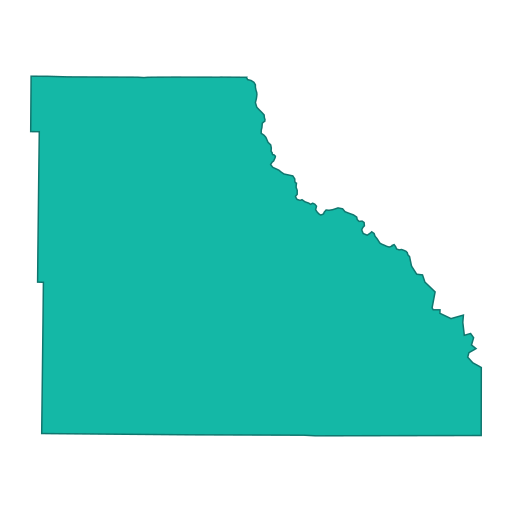 Big Horn, Wyoming, United States of America
{"feature_id": "52423323B54143119703480", "entity_name": "Big Horn", "entity_type": "district", "adm_level": 2, "iso_a3": "USA", "parent_name": "United States of America", "parent_adm1": "Wyoming", "projection": "orthographic", "projection_center": [-107.715, 44.584], "detail": "fine", "context": "isolated", "style": "filled", "palette": "teal", "viewbox_px": 512, "rotation_deg": 0, "n_neighbors": 0, "source": "geoboundaries", "source_scale": "gbopen_adm2", "svg_char_len": 2076}
<svg xmlns="http://www.w3.org/2000/svg" viewBox="0 0 512 512"><path d="M481.2,435.5L481.3,367.5L472.8,362.8L467.7,357.2L468.9,352.7L476.0,348.6L471.5,345.0L473.6,337.7L470.6,333.5L464.3,335.3L462.8,322.4L463.4,315.1L451.0,318.6L439.9,313.3L440.0,309.8L433.2,309.8L432.1,307.8L435.1,291.9L424.9,282.1L422.5,274.9L416.7,274.2L411.9,266.7L411.4,265.6L410.6,261.7L409.9,258.4L409.6,256.7L407.8,254.7L407.3,252.7L406.0,251.3L403.8,250.3L401.5,249.5L399.2,249.9L396.6,249.0L395.6,246.6L394.1,244.6L392.2,245.4L392.4,245.7L391.6,246.3L390.2,246.7L389.3,247.1L386.6,246.3L384.5,245.3L381.6,244.1L379.8,243.0L377.2,238.9L375.0,236.2L374.1,233.5L371.7,231.8L370.7,232.8L367.2,235.2L363.2,233.5L361.7,229.9L362.8,227.5L364.4,225.8L364.1,222.5L362.1,221.1L359.1,221.4L357.2,219.6L356.7,217.1L353.5,214.9L348.8,213.2L345.0,211.7L342.6,208.8L338.0,207.9L335.1,208.9L332.6,209.7L329.0,210.3L326.1,210.0L324.2,212.2L323.5,213.9L321.5,214.8L320.6,215.0L318.9,213.9L317.1,212.0L315.6,209.7L316.5,206.2L314.8,204.2L312.7,203.2L310.6,204.3L308.7,203.1L305.0,201.8L302.0,199.7L300.1,200.4L297.0,199.4L295.7,197.1L295.5,196.3L297.2,194.3L297.2,190.3L296.1,187.4L296.2,185.5L296.5,183.2L295.3,182.6L294.8,181.2L294.8,179.0L292.8,175.9L289.1,175.1L284.0,174.0L281.3,172.2L278.9,170.2L272.7,167.3L270.6,164.5L272.2,162.1L273.6,161.0L275.1,157.7L275.4,156.2L273.8,154.7L272.9,154.8L272.2,153.8L272.2,152.8L271.1,151.3L271.3,148.0L270.7,144.9L270.0,144.2L268.0,142.3L265.9,137.4L264.1,135.3L261.2,133.3L261.3,130.0L261.9,127.6L262.3,123.2L264.1,121.6L264.7,121.4L265.0,119.6L264.4,117.8L264.1,114.9L261.9,112.5L259.1,109.7L256.8,107.3L255.4,102.6L256.4,98.5L256.7,96.4L256.9,94.4L256.7,92.4L256.0,90.3L255.4,87.2L255.4,84.8L253.9,82.3L251.1,80.5L247.6,79.6L246.5,77.5L246.6,77.3L220.5,77.1L219.5,77.2L174.3,77.1L153.4,77.2L147.4,77.3L144.0,77.6L137.4,77.2L67.7,76.9L47.9,76.3L44.1,76.3L31.1,76.2L30.7,131.6L39.3,131.7L38.7,180.4L37.9,251.4L37.6,282.1L43.4,282.3L43.0,321.7L41.7,433.5L48.9,433.6L190.5,434.8L304.0,435.2L315.5,435.8L481.2,435.5Z" fill="#14b8a6" stroke="#0f766e" stroke-width="1.5"/></svg>